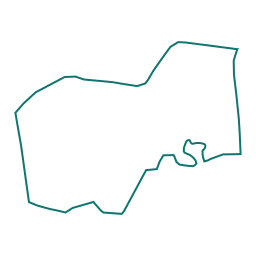 the district of Wasat Al Gedaref, Gedarif, Sudan
{"feature_id": "16777658B33675422970031", "entity_name": "Wasat Al Gedaref", "entity_type": "district", "adm_level": 2, "iso_a3": "SDN", "parent_name": "Sudan", "parent_adm1": "Gedarif", "projection": "mercator", "projection_center": [35.181, 14.159], "detail": "fine", "context": "isolated", "style": "outline", "palette": "teal", "viewbox_px": 256, "rotation_deg": 0, "n_neighbors": 0, "source": "geoboundaries", "source_scale": "gbopen_adm2", "svg_char_len": 1343}
<svg xmlns="http://www.w3.org/2000/svg" viewBox="0 0 256 256"><path d="M15.4,112.8L17.6,125.8L18.9,133.1L21.2,146.4L28.4,198.1L29.0,202.1L37.5,205.6L49.5,208.9L59.9,211.1L65.4,212.5L72.8,207.9L93.6,201.9L94.0,202.7L95.1,203.9L100.7,210.4L103.4,212.5L121.7,213.9L123.8,211.5L132.0,196.3L141.8,178.0L145.3,171.7L146.1,170.1L151.8,169.6L156.8,169.1L159.7,161.5L163.4,155.3L173.7,155.1L174.4,156.5L176.5,162.1L179.6,164.6L185.4,165.5L187.8,165.8L193.2,166.2L195.4,164.7L196.4,163.5L196.1,162.3L195.7,160.8L195.2,160.1L193.7,158.1L191.8,156.4L189.6,154.8L186.1,153.4L184.4,152.4L183.8,151.1L183.9,147.9L185.2,144.2L186.3,141.5L187.6,140.3L188.8,140.1L189.7,140.3L190.2,141.4L190.7,142.6L191.6,143.5L192.4,143.8L194.9,143.3L196.9,143.0L199.1,143.0L201.3,143.2L204.4,144.1L205.2,145.0L205.4,146.5L205.0,147.7L204.3,148.7L203.8,149.6L203.2,149.9L202.8,150.4L202.5,151.1L202.6,152.6L202.6,154.4L202.7,155.4L203.0,156.8L203.3,158.0L204.3,161.4L207.9,160.4L210.2,159.1L223.0,154.4L240.6,154.1L239.7,133.1L238.8,118.7L236.4,95.2L234.0,75.1L233.7,60.6L234.1,59.3L235.2,55.6L236.2,52.5L237.0,50.1L237.2,49.3L237.3,49.2L185.6,42.5L178.2,42.1L170.5,46.8L163.8,55.9L157.5,64.8L153.3,70.8L148.0,79.9L145.2,83.5L137.1,86.1L124.8,84.2L112.1,82.1L84.0,79.5L75.6,76.6L64.7,77.0L35.8,92.2L23.5,103.5L15.4,112.8Z" fill="none" stroke="#0f766e" stroke-width="2"/></svg>